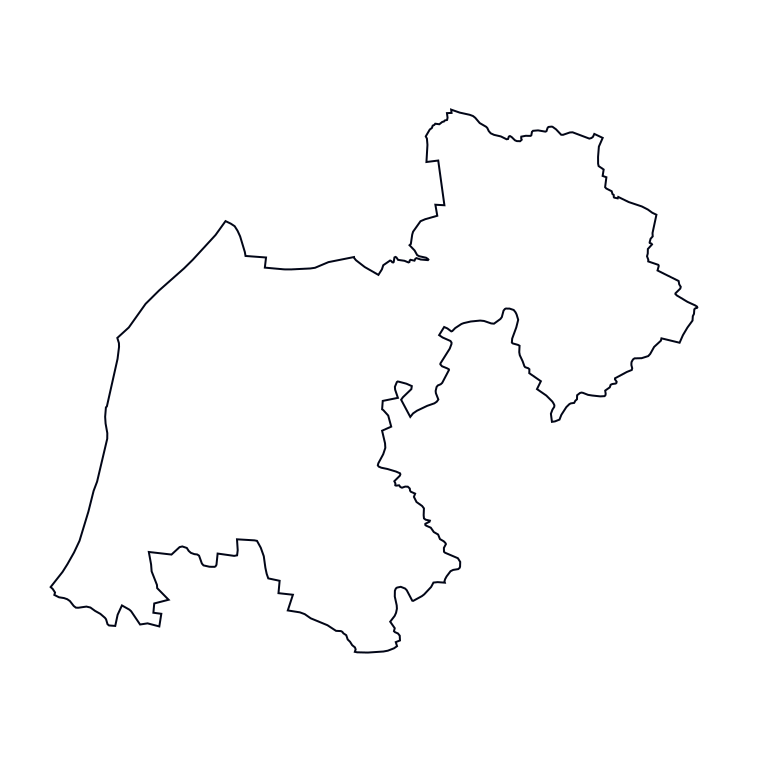 Cho Gao, Tiền Giang, Vietnam (Robinson projection), rotated 99°
{"feature_id": "81297802B70172971551103", "entity_name": "Cho Gao", "entity_type": "district", "adm_level": 2, "iso_a3": "VNM", "parent_name": "Vietnam", "parent_adm1": "Tiền Giang", "projection": "robinson", "projection_center": [106.446, 10.395], "detail": "fine", "context": "isolated", "style": "outline", "palette": "ink", "viewbox_px": 768, "rotation_deg": 99, "n_neighbors": 0, "source": "geoboundaries", "source_scale": "gbopen_adm2", "svg_char_len": 6152}
<svg xmlns="http://www.w3.org/2000/svg" viewBox="0 0 768 768"><g transform="rotate(99 384 384)"><path d="M450.6,655.0L460.0,654.3L466.6,652.8L475.8,649.6L481.3,648.8L525.3,652.1L535.0,654.1L556.3,656.0L586.5,660.2L598.9,663.8L611.5,668.5L619.9,672.1L636.7,681.5L638.3,679.1L641.4,676.3L643.9,676.6L645.5,671.6L645.5,666.6L646.1,663.2L647.5,660.3L651.8,655.7L653.1,653.3L652.8,650.9L650.4,643.1L650.7,639.0L653.3,633.9L655.4,628.2L658.6,623.0L659.9,621.7L664.5,619.5L665.5,617.8L665.0,611.6L653.6,611.0L643.7,608.2L646.7,600.2L648.0,598.2L659.7,587.3L657.4,580.1L658.6,568.0L645.8,568.0L646.0,576.0L636.7,576.6L630.8,563.0L621.1,576.1L618.0,576.8L605.4,584.2L598.7,585.8L586.7,590.0L585.7,567.2L577.1,560.4L576.0,557.8L576.8,553.1L579.4,550.8L581.0,548.3L581.7,544.7L581.6,541.8L582.5,539.8L589.8,535.8L591.4,533.9L591.8,527.8L591.1,522.8L590.5,521.9L588.8,521.2L577.5,521.8L577.2,505.1L576.2,502.3L571.0,502.5L560.4,504.9L558.7,487.5L558.8,484.9L565.0,480.1L572.9,475.8L584.1,472.4L589.8,470.2L594.1,467.9L594.7,456.3L607.1,455.5L606.4,441.0L622.7,443.6L622.7,431.3L623.7,426.3L626.9,419.7L631.1,402.1L635.3,392.8L634.8,387.9L635.3,386.4L636.6,385.1L638.0,382.0L642.0,379.9L643.9,377.2L646.9,374.6L648.7,371.5L650.5,370.5L653.1,370.9L653.2,368.5L651.8,358.0L648.3,342.7L646.8,338.5L643.5,332.8L640.9,330.1L637.1,332.0L634.8,328.1L630.1,329.1L628.2,331.2L627.4,334.3L626.6,335.5L623.5,335.2L617.8,340.7L611.4,337.2L608.1,336.3L603.9,336.1L600.7,336.8L592.2,340.1L586.5,340.9L584.1,340.3L583.0,339.2L581.7,335.7L582.7,331.2L584.1,329.3L593.6,322.2L593.6,321.2L587.6,313.4L585.5,311.4L577.1,305.7L572.4,304.1L571.3,300.0L570.7,292.8L569.4,293.4L567.2,293.1L564.3,292.1L558.5,289.0L556.8,286.6L555.2,281.7L553.7,280.5L552.5,280.3L547.8,280.9L544.5,283.8L541.1,297.3L540.3,298.5L536.5,299.2L532.4,297.8L531.3,298.6L530.0,300.4L528.4,304.5L524.2,307.0L522.4,311.7L518.6,315.3L517.3,320.3L516.7,321.2L515.6,321.3L512.9,317.5L511.8,317.3L511.5,321.7L510.5,323.5L507.4,324.3L500.6,325.1L498.5,327.3L495.5,333.4L490.8,336.8L487.4,336.1L486.2,340.7L485.2,341.6L483.2,342.2L481.7,344.4L482.0,347.0L483.6,350.0L483.2,351.7L481.7,353.2L482.5,356.2L482.3,357.0L480.4,357.2L478.4,358.6L472.1,354.0L470.6,353.7L469.7,354.2L468.6,358.4L467.4,367.3L467.1,373.6L466.4,376.3L465.3,377.4L463.2,377.2L453.5,373.8L446.9,372.7L442.4,373.7L430.4,378.6L425.0,370.2L414.5,374.9L409.9,380.6L409.3,381.9L400.9,382.6L395.5,368.1L387.9,372.1L385.1,372.8L380.1,371.6L379.4,370.9L379.4,369.7L380.2,361.9L381.7,356.2L384.8,356.2L394.2,363.3L396.9,364.6L412.4,352.9L408.5,350.7L405.2,347.2L398.8,337.9L395.2,331.2L393.2,329.1L390.8,327.9L385.0,331.3L382.8,331.9L378.7,331.6L377.0,330.6L375.4,328.0L373.8,326.7L359.9,322.0L359.3,322.3L358.6,324.3L357.4,329.5L355.8,331.4L354.9,331.5L338.8,324.6L333.9,323.6L332.5,323.8L331.1,325.1L328.9,333.4L327.1,337.2L318.3,333.5L319.2,330.1L321.5,325.8L321.0,324.8L317.6,322.4L312.6,316.9L311.4,314.8L308.7,308.1L306.3,298.9L306.1,295.0L307.4,287.6L307.2,284.8L301.6,279.2L299.5,278.1L292.8,277.4L291.0,276.3L290.4,275.4L289.9,271.7L290.6,267.5L292.6,265.3L294.6,263.9L299.6,261.5L307.4,262.2L319.1,264.5L323.1,264.2L323.8,263.1L324.4,257.8L325.0,256.1L331.4,255.4L334.3,254.4L339.9,250.6L344.5,248.1L345.3,247.2L345.9,243.9L346.7,242.7L350.6,242.2L356.7,229.5L365.1,232.1L370.0,221.9L375.0,215.0L376.7,213.5L378.3,212.4L380.0,212.3L382.9,213.6L387.3,214.5L395.1,212.2L394.2,209.3L391.7,205.1L386.7,204.0L378.3,200.3L374.8,197.7L373.9,196.4L372.9,193.2L370.6,192.4L368.9,191.0L364.9,191.5L362.3,189.1L361.6,187.7L361.6,186.2L362.8,180.8L362.8,176.5L362.4,168.5L361.5,164.3L360.6,163.6L359.1,163.5L355.9,164.5L352.0,160.5L349.3,160.0L348.3,158.5L347.3,155.2L346.5,154.6L345.3,154.6L343.3,156.6L342.2,156.7L334.1,146.0L331.4,141.5L329.6,141.3L326.7,142.6L324.7,142.9L323.4,142.9L320.8,141.9L319.5,140.6L318.2,133.6L315.1,127.4L312.7,125.8L305.1,123.0L297.9,117.3L295.5,117.1L297.0,98.5L289.0,96.4L280.7,93.1L273.1,89.2L268.7,89.6L266.2,88.8L261.7,89.2L260.4,88.2L260.0,86.9L259.4,86.5L258.6,86.9L257.7,88.9L255.4,97.1L250.7,108.7L249.5,110.3L248.8,110.3L243.4,106.3L241.6,106.1L239.4,108.0L236.2,109.1L229.1,131.6L224.4,131.1L223.4,131.7L221.6,142.2L219.9,142.4L216.7,144.2L213.9,143.9L209.4,144.5L204.2,141.1L203.5,141.8L203.1,143.6L202.6,143.8L198.8,143.4L196.2,141.7L192.9,142.4L174.2,141.4L172.9,145.8L170.4,150.7L168.3,157.1L166.0,170.8L162.6,181.9L164.1,182.2L163.9,185.8L163.4,186.3L161.3,186.7L160.7,188.0L158.0,189.3L156.1,195.1L155.0,196.4L145.0,196.7L144.3,200.6L137.8,200.6L135.2,206.1L132.9,207.0L126.2,208.1L115.9,208.9L106.7,206.5L104.1,215.4L107.2,216.3L108.6,217.6L109.5,219.6L105.9,237.1L106.5,239.8L109.9,246.2L110.1,248.0L105.5,254.0L103.6,257.8L103.6,258.9L104.4,261.8L105.5,262.5L108.9,263.1L109.5,264.1L109.4,271.5L110.6,276.4L111.8,277.3L115.3,277.4L116.0,278.0L116.7,282.9L118.2,287.1L119.7,287.0L121.2,286.2L122.9,287.5L123.3,290.8L122.8,292.8L120.1,296.6L119.4,298.4L120.1,299.4L122.6,299.8L123.1,301.2L121.2,307.3L120.7,314.3L119.7,317.8L117.8,320.1L115.0,322.0L114.0,323.3L111.3,330.3L106.8,335.5L105.4,338.0L104.7,341.5L104.1,351.7L102.5,360.6L105.7,359.7L106.6,364.2L111.0,362.9L113.3,363.0L114.3,365.3L115.4,365.9L116.0,367.4L118.8,370.0L118.9,374.1L120.2,374.8L121.2,376.3L123.7,376.8L125.5,378.6L132.9,381.5L134.9,380.0L141.0,378.5L158.1,376.8L154.8,365.4L198.0,352.3L198.9,361.3L209.5,357.7L214.8,369.1L217.5,373.4L229.0,379.1L232.0,379.5L241.5,379.4L242.9,380.5L247.3,374.7L251.5,371.4L252.3,369.1L252.7,362.2L253.7,360.1L254.2,359.6L254.8,360.0L255.3,367.2L254.6,371.7L255.4,372.6L257.4,373.2L257.2,377.3L258.0,377.9L259.6,378.0L260.1,378.9L259.1,383.1L259.2,389.5L257.0,391.6L256.7,392.6L257.4,393.5L262.0,393.5L262.5,393.9L262.5,394.8L261.3,396.3L261.1,397.3L266.8,403.3L271.1,404.0L277.1,406.6L271.5,421.3L266.1,431.1L264.1,433.3L263.3,433.5L272.3,457.9L280.0,470.3L281.4,474.8L285.4,493.9L286.4,500.6L287.7,519.9L277.5,520.3L279.2,540.8L275.4,542.1L260.7,549.2L255.6,552.6L251.5,556.2L249.6,560.4L247.9,566.0L263.2,573.7L291.2,592.3L301.1,599.6L326.7,620.7L342.1,632.0L368.1,644.9L380.2,654.6L385.1,652.2L388.8,651.5L400.9,651.1L449.5,654.2L450.6,655.0Z" fill="none" stroke="#020617" stroke-width="2"/></g></svg>